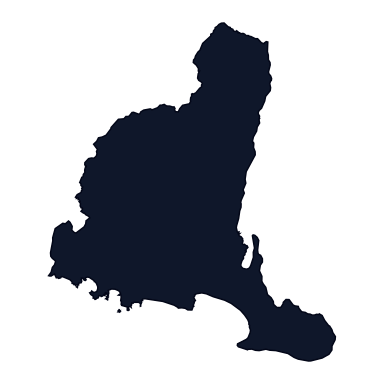 outline of Banyuwangi, Jawa Timur, Indonesia
{"feature_id": "22746128B51270543903443", "entity_name": "Banyuwangi", "entity_type": "district", "adm_level": 2, "iso_a3": "IDN", "parent_name": "Indonesia", "parent_adm1": "Jawa Timur", "projection": "mercator", "projection_center": [114.187, -8.333], "detail": "fine", "context": "isolated", "style": "filled", "palette": "ink", "viewbox_px": 384, "rotation_deg": 0, "n_neighbors": 0, "source": "geoboundaries", "source_scale": "gbopen_adm2", "svg_char_len": 5929}
<svg xmlns="http://www.w3.org/2000/svg" viewBox="0 0 384 384"><path d="M267.8,42.0L266.2,41.6L264.3,43.0L264.0,42.6L264.2,43.5L263.7,43.7L261.3,42.7L257.6,38.7L255.3,38.7L250.9,36.5L248.9,36.3L248.7,35.6L245.9,35.5L244.6,34.1L243.0,33.4L240.8,33.7L239.5,32.7L238.1,32.9L238.1,31.9L236.7,30.8L236.3,31.5L233.7,31.2L232.8,29.3L230.4,28.3L230.3,27.5L228.1,26.8L224.1,23.0L221.3,23.2L219.0,24.4L217.2,26.4L215.2,27.6L215.1,28.9L213.4,31.1L213.5,32.2L212.6,33.4L210.8,34.2L210.8,36.0L202.7,43.4L199.9,50.3L198.0,52.0L195.5,56.0L194.8,58.6L193.6,59.9L193.3,62.5L196.4,65.2L198.5,68.6L198.3,71.0L198.7,71.6L199.4,71.4L198.2,73.8L197.6,78.1L198.7,80.3L201.6,82.2L202.4,83.5L201.5,85.0L201.6,86.9L199.7,88.2L195.8,92.9L192.9,94.2L192.4,93.7L191.6,94.1L191.6,96.2L190.7,97.7L190.4,100.4L190.7,101.3L189.4,103.8L182.6,105.3L179.7,108.8L178.3,111.9L175.4,111.7L174.5,109.6L175.0,108.5L174.0,106.8L173.1,107.1L169.8,106.1L166.6,106.0L164.2,104.4L161.2,105.3L160.1,105.1L157.6,107.7L153.0,109.5L151.9,109.7L150.3,108.9L143.7,110.1L140.8,111.9L139.9,113.7L138.8,114.2L133.6,112.3L132.0,112.5L129.3,115.9L128.3,116.5L125.9,116.5L123.9,118.8L118.4,119.3L111.1,127.5L110.9,128.8L106.1,135.2L102.3,137.0L98.5,137.8L96.7,141.3L93.6,144.2L97.5,149.5L96.5,151.4L97.0,153.9L96.2,156.2L94.0,158.2L91.4,158.0L88.6,158.6L84.9,162.6L84.8,164.9L86.0,165.9L85.6,166.3L86.1,166.8L85.2,167.9L84.7,170.2L84.9,172.5L83.4,174.3L83.0,176.8L81.8,177.3L79.7,182.6L80.9,183.5L81.0,185.5L82.7,187.0L81.7,188.3L82.3,189.9L81.5,190.6L81.1,192.5L77.2,194.6L75.5,197.2L76.4,197.6L76.4,198.4L78.0,197.7L78.4,198.6L78.1,199.6L79.2,199.8L80.0,201.2L79.1,201.6L80.5,203.5L80.2,205.9L81.2,207.9L82.3,207.9L82.5,208.5L82.3,209.7L81.0,211.3L83.5,213.1L84.5,213.1L85.6,214.6L88.7,216.3L89.8,217.9L86.1,220.7L85.7,223.9L84.1,226.9L75.9,233.1L74.1,232.4L71.8,230.2L72.2,226.3L70.0,222.3L68.5,221.0L65.4,223.8L62.8,223.3L55.2,228.6L52.7,237.8L52.8,240.8L50.5,252.9L50.8,256.3L52.4,258.4L55.5,260.9L55.3,262.4L54.5,264.9L52.4,267.4L51.1,272.3L48.6,275.7L49.8,276.0L50.9,275.6L51.1,276.0L54.5,274.0L56.3,277.8L57.2,277.5L58.7,278.4L60.7,277.8L61.4,276.6L63.0,276.8L69.8,279.6L72.1,281.8L72.1,283.4L73.5,283.7L73.9,284.5L74.7,284.0L75.4,285.4L77.5,284.4L78.6,284.8L78.8,283.1L81.2,282.7L81.8,281.1L80.9,279.6L81.7,279.1L81.5,278.1L83.1,278.2L84.1,280.1L85.2,280.5L86.1,279.8L85.1,278.2L85.6,277.7L87.6,277.0L89.3,277.4L94.1,280.6L94.3,281.6L95.2,281.8L96.4,283.4L97.8,286.8L97.7,289.0L96.7,291.6L93.9,292.6L91.7,291.0L91.2,292.1L89.7,292.8L90.8,294.5L93.3,296.2L93.2,298.1L93.8,298.0L95.0,299.4L95.9,299.2L96.4,298.3L98.0,298.0L99.1,295.6L100.5,295.7L101.2,296.5L102.7,296.0L103.7,294.7L104.4,295.5L105.1,295.2L105.4,293.5L105.0,293.1L105.7,292.5L106.9,293.1L106.6,294.1L107.6,295.0L107.5,296.0L106.8,296.4L108.0,296.8L107.7,296.0L108.4,295.8L108.0,294.8L108.7,293.9L108.7,291.7L108.0,290.5L111.5,289.0L115.1,289.2L118.8,290.8L120.3,292.7L121.2,297.0L120.7,300.8L121.4,301.5L121.2,304.3L122.0,304.6L121.7,305.4L127.3,307.0L127.2,310.1L128.0,310.5L128.9,310.3L129.1,309.6L128.2,307.2L130.2,306.4L131.1,307.2L130.8,305.7L131.5,305.2L131.8,302.9L133.1,303.2L133.9,302.3L138.7,302.3L141.0,304.0L141.7,302.3L141.3,300.7L142.5,300.5L142.1,299.9L142.7,299.1L144.9,298.7L162.8,301.4L174.2,305.2L177.9,307.4L178.3,308.1L181.7,307.8L185.2,308.3L187.8,309.9L191.9,310.0L193.1,306.7L193.8,306.3L193.3,305.1L194.3,302.6L193.9,301.9L195.4,300.6L193.7,297.5L194.9,295.6L194.6,294.8L196.7,293.7L201.8,292.9L206.4,293.8L213.2,296.7L224.7,300.2L231.2,303.4L240.5,310.3L244.6,315.0L247.7,319.5L248.9,322.3L248.9,324.4L249.6,325.4L249.4,327.1L250.5,330.1L250.1,332.7L248.1,337.7L246.5,339.3L237.6,343.8L237.3,345.4L238.4,346.8L247.6,349.8L248.1,349.3L251.9,349.1L255.4,350.3L259.2,350.6L265.9,349.2L269.7,350.2L275.9,350.6L288.0,353.5L294.1,357.4L298.2,359.1L308.5,361.0L310.8,360.9L322.2,358.0L329.0,354.2L331.9,350.0L332.0,346.0L335.1,339.8L335.4,336.6L332.8,332.6L331.9,329.7L329.6,326.0L328.7,325.7L324.7,320.5L322.1,315.5L319.3,313.9L318.9,314.5L316.5,314.3L314.3,315.1L312.3,315.1L310.0,314.1L307.7,313.9L305.3,312.4L301.7,311.8L298.8,308.2L298.3,306.4L294.9,305.9L293.1,305.0L289.1,299.6L286.0,299.5L283.3,302.3L283.1,303.8L281.2,306.9L280.3,307.5L276.9,307.5L273.6,304.4L273.3,301.4L271.1,297.7L267.5,294.6L265.8,287.4L263.1,283.8L261.8,281.2L261.9,276.3L259.4,270.8L260.3,265.2L262.4,262.1L262.4,258.7L260.6,255.3L258.8,254.5L258.0,253.2L257.6,250.1L258.7,240.4L257.2,237.4L254.8,235.3L253.1,234.9L252.4,235.7L254.5,248.1L253.3,252.2L253.4,257.4L250.8,265.4L249.7,267.5L248.5,268.6L246.4,269.2L242.7,268.3L240.9,266.2L240.9,264.0L242.0,260.6L243.5,258.5L243.4,256.0L244.9,254.7L245.0,252.9L246.1,251.8L246.2,250.8L245.3,250.3L247.9,247.4L247.0,245.7L246.1,245.7L244.5,244.3L243.3,244.7L242.3,243.7L243.0,240.8L242.5,240.3L242.7,238.8L241.1,236.7L239.3,235.9L238.6,234.7L239.5,233.8L238.6,234.0L238.2,232.9L239.6,231.5L237.7,232.5L237.3,232.0L236.3,227.7L236.6,225.7L238.6,218.6L239.7,210.9L241.0,207.3L241.1,203.7L240.7,203.0L241.1,200.4L244.3,193.1L243.1,189.8L245.8,183.2L245.1,179.3L246.2,171.6L255.2,154.9L255.1,151.7L253.5,147.5L253.8,143.7L253.5,142.6L252.9,143.1L252.3,141.8L253.4,136.9L256.6,131.1L257.2,127.0L259.6,123.0L259.0,119.6L259.6,118.5L259.2,118.2L259.5,117.1L259.9,117.1L259.5,117.1L259.5,116.0L258.3,114.0L258.3,112.2L259.2,110.4L261.5,108.3L264.7,101.0L265.6,96.4L270.2,90.7L270.6,87.6L269.7,83.6L270.5,81.2L271.3,80.5L271.6,78.6L270.7,76.0L268.8,73.6L268.5,71.9L270.2,65.0L270.0,62.5L268.4,59.8L268.3,55.1L267.4,51.7L267.8,42.0ZM120.4,311.6L119.3,310.2L118.4,311.5L119.7,311.1L118.7,312.5L120.4,311.6ZM107.8,299.0L106.6,298.6L106.3,299.0L107.6,299.8L107.8,299.0ZM77.4,287.5L77.6,286.1L76.5,286.9L77.4,287.5ZM107.5,297.6L106.8,297.6L105.9,298.5L106.6,298.5L107.5,297.6ZM140.8,306.0L140.3,304.4L140.4,306.2L140.8,306.0ZM119.3,295.2L119.4,294.4L118.5,295.1L119.3,295.2ZM119.3,310.2L119.5,309.2L118.6,310.3L119.3,310.2Z" fill="#0f172a" stroke="#020617" stroke-width="1.5"/></svg>